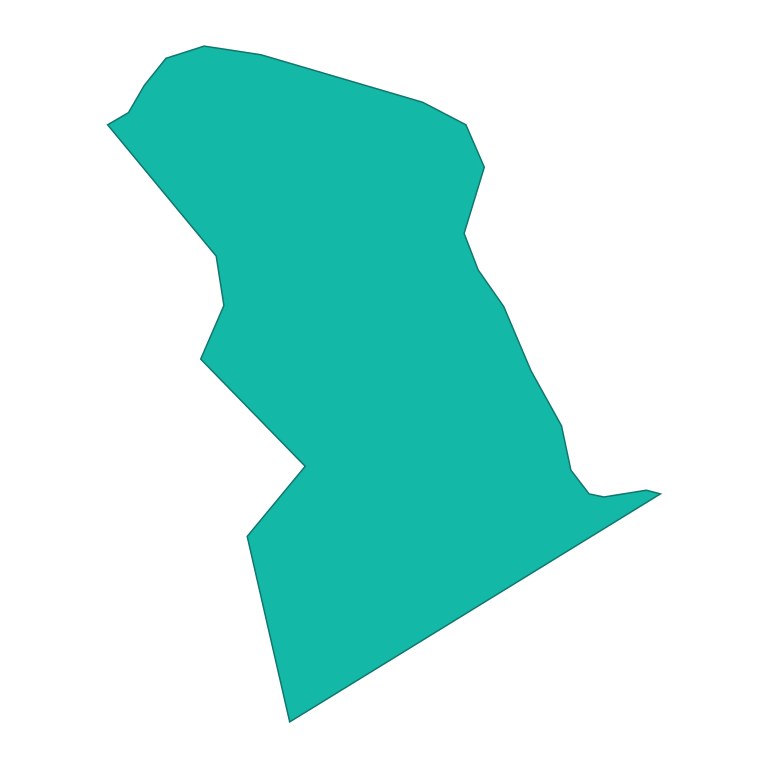 an SVG outline of Rivière du Rempart
{"feature_id": "MUS-5192", "entity_name": "Rivière du Rempart", "entity_type": "District", "adm_level": 1, "iso_a3": "MUS", "parent_name": "Mauritius", "parent_adm1": "", "projection": "mercator", "projection_center": [57.653, -20.067], "detail": "fine", "context": "isolated", "style": "filled", "palette": "teal", "viewbox_px": 768, "rotation_deg": 0, "n_neighbors": 0, "source": "natural_earth", "source_scale": "10m", "svg_char_len": 440}
<svg xmlns="http://www.w3.org/2000/svg" viewBox="0 0 768 768"><path d="M107.6,124.8L128.5,112.6L144.3,85.4L166.0,58.3L204.1,46.1L261.1,54.8L422.7,102.3L465.9,124.8L484.3,167.2L464.1,233.4L478.2,270.0L503.7,306.5L531.0,370.8L561.5,425.8L570.9,470.2L589.1,493.9L603.8,497.0L646.3,490.2L660.4,493.9L289.7,721.9L247.2,536.4L305.2,466.3L200.7,359.1L223.9,305.5L216.2,256.1L107.6,124.8Z" fill="#14b8a6" stroke="#0f766e" stroke-width="1.5"/></svg>